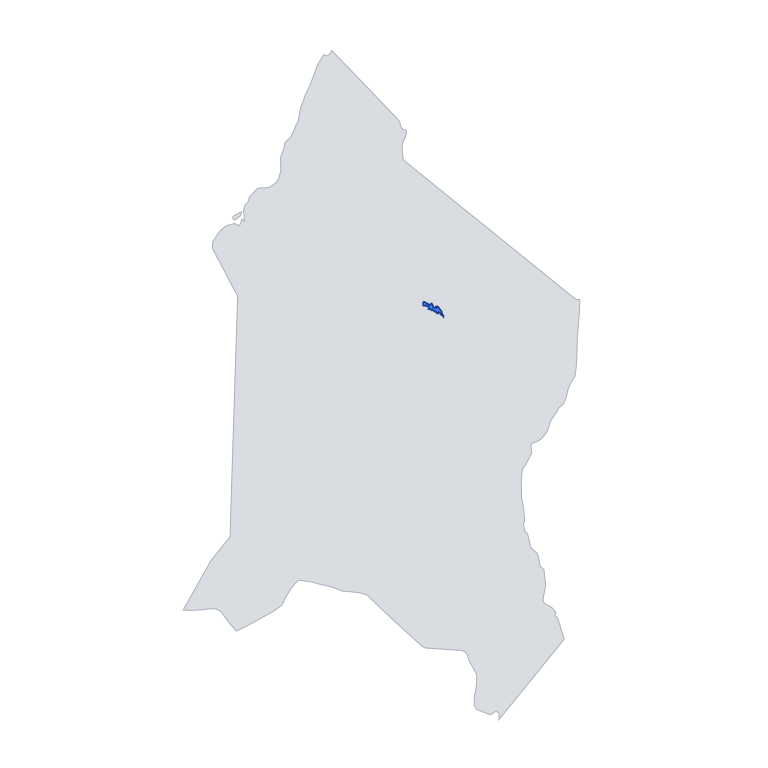 Kigumo, Central, Kenya (highlighted), rotated 182°
{"feature_id": "3690345B17600682902163", "entity_name": "Kigumo", "entity_type": "district", "adm_level": 2, "iso_a3": "KEN", "parent_name": "Kenya", "parent_adm1": "Central", "projection": "equal_earth", "projection_center": [36.915, -0.774], "detail": "fine", "context": "in_parent", "style": "filled", "palette": "blue", "viewbox_px": 768, "rotation_deg": 182, "n_neighbors": 0, "source": "geoboundaries", "source_scale": "gbopen_adm2", "svg_char_len": 6396}
<svg xmlns="http://www.w3.org/2000/svg" viewBox="0 0 768 768"><g transform="rotate(182 384 384)"><path d="M191.3,475.2L191.2,464.1L192.4,435.9L192.2,411.1L193.3,398.7L197.8,390.8L199.9,385.1L201.4,377.1L203.8,370.6L209.2,365.3L210.2,362.4L215.9,353.5L219.3,342.1L221.9,338.3L225.1,334.7L227.4,332.8L231.1,330.9L234.1,329.8L234.6,328.9L234.9,327.1L233.9,320.1L235.2,317.7L237.2,313.0L239.4,308.6L241.5,305.9L242.7,303.0L243.2,298.0L243.3,294.5L243.3,288.8L242.6,275.7L240.2,264.8L238.7,252.6L239.8,248.5L237.9,241.4L237.0,241.0L235.4,239.4L233.4,232.7L232.0,226.5L231.0,225.0L224.6,219.6L221.3,206.9L217.7,204.0L215.8,191.4L215.4,187.8L217.5,175.2L217.3,172.3L215.1,169.7L209.0,167.0L204.1,161.8L204.8,160.0L205.1,158.1L202.5,156.8L195.0,135.3L204.7,122.4L214.6,109.3L227.1,92.7L238.6,77.5L248.6,64.3L257.5,52.6L257.3,54.8L257.3,57.8L258.4,59.6L260.2,60.9L262.8,59.6L265.0,57.7L267.1,57.4L280.5,62.2L282.7,66.5L282.6,71.1L283.1,74.4L282.1,77.7L281.0,87.8L281.3,97.1L285.3,103.9L288.9,109.3L291.7,116.9L293.8,119.2L296.7,120.4L305.9,120.7L319.4,121.2L332.5,121.6L333.7,121.8L336.5,122.9L348.5,133.1L359.5,142.4L368.8,150.5L377.8,158.4L386.6,166.1L393.5,172.5L400.2,174.4L411.1,175.3L418.7,175.6L425.7,178.3L436.0,180.8L443.8,182.1L448.5,183.5L461.5,185.0L463.6,184.1L469.4,177.1L475.8,165.6L478.3,159.3L486.5,153.0L501.1,144.2L511.4,138.1L522.8,131.9L528.0,137.2L535.1,145.9L538.4,150.1L540.9,152.0L544.8,153.3L549.5,153.3L552.1,153.1L557.4,152.0L569.8,151.0L576.8,151.1L570.9,162.5L563.8,176.3L550.7,201.5L540.8,214.9L533.2,224.9L532.5,226.7L532.6,237.9L532.7,265.4L532.9,320.2L533.1,375.1L533.2,430.0L533.3,457.4L533.3,466.7L540.0,478.2L546.4,489.5L555.0,504.4L559.6,512.4L560.3,515.0L560.1,520.4L553.0,531.6L547.2,536.6L539.5,539.1L537.1,538.6L534.1,537.0L532.9,539.7L532.0,543.9L530.3,543.0L529.0,541.8L529.8,549.2L530.5,552.8L529.4,557.8L525.6,562.1L525.3,565.8L517.1,575.3L505.5,576.4L499.4,581.1L496.7,585.0L494.6,593.5L495.3,606.6L492.1,616.6L491.5,621.6L485.5,628.1L482.9,634.1L480.9,640.2L479.2,642.8L477.1,656.5L474.3,664.7L473.6,667.5L472.9,669.9L470.7,674.8L469.3,678.1L468.3,680.3L461.2,701.5L455.7,711.0L451.4,709.9L448.5,713.6L448.2,715.4L446.7,714.4L443.1,710.9L435.7,703.7L428.3,696.5L420.9,689.4L413.5,682.2L406.1,675.0L398.7,667.8L391.3,660.6L383.9,653.4L379.5,649.2L377.6,646.7L376.1,641.7L375.4,640.5L373.4,638.9L371.1,638.6L370.4,637.7L370.4,635.3L371.2,631.8L373.9,625.2L374.2,621.3L373.7,616.9L372.9,609.9L372.1,608.3L367.2,604.6L356.9,596.8L346.6,589.1L336.3,581.3L326.0,573.6L315.7,565.8L305.4,558.1L295.1,550.4L284.8,542.6L274.5,534.9L264.2,527.1L253.9,519.4L243.6,511.6L233.3,503.9L223.0,496.1L212.7,488.4L202.4,480.6L198.5,477.7L195.0,475.2L191.3,475.2ZM534.0,550.5L532.2,551.1L533.2,547.4L538.5,542.6L540.6,543.7L541.0,544.8L540.9,545.8L540.0,546.7L534.0,550.5Z" fill="#d9dde1" stroke="#a8b0b8" stroke-width="1"/><path d="M334.4,463.4L334.3,463.2L334.2,463.1L334.2,462.9L334.1,462.7L334.1,462.1L334.3,462.1L334.4,462.3L334.7,462.5L334.8,462.5L334.7,462.2L334.8,461.9L335.1,462.1L335.3,462.0L335.5,462.0L335.7,461.9L336.0,461.7L336.1,461.8L336.1,462.0L336.4,462.1L336.5,462.2L336.7,462.3L336.8,462.3L337.0,462.4L337.3,462.5L337.3,462.8L337.4,463.0L337.5,463.0L337.4,463.2L337.4,463.3L337.5,463.4L337.7,463.7L337.7,463.8L337.8,463.9L337.8,464.2L338.0,464.4L338.1,464.5L338.3,464.9L338.4,465.0L338.5,465.1L338.6,465.4L338.7,465.5L338.8,465.7L338.9,465.9L338.9,466.0L339.0,466.2L339.4,466.0L339.5,466.1L339.6,465.9L339.8,465.4L340.0,465.1L340.2,465.3L340.3,465.2L340.6,465.3L340.7,465.2L340.8,465.1L340.9,464.8L341.0,464.8L341.1,464.5L341.2,464.3L341.4,464.4L341.4,464.6L341.6,464.8L341.9,464.8L342.2,465.1L342.3,465.1L342.5,465.2L342.6,465.4L342.7,465.5L342.8,465.6L343.0,465.7L343.0,465.9L343.3,465.8L343.5,465.9L343.8,465.8L344.1,466.1L344.3,466.2L344.5,466.5L344.9,466.9L345.0,467.0L345.3,467.1L345.5,467.1L346.0,467.1L346.8,467.6L347.0,467.7L347.4,467.2L347.8,466.9L347.8,466.5L347.8,466.2L347.8,465.5L347.8,465.3L347.7,464.9L347.6,464.0L347.6,463.7L347.2,463.7L346.8,463.6L346.7,463.5L346.4,463.4L346.3,463.5L346.2,463.6L346.0,463.9L345.5,464.0L345.3,463.9L345.1,463.9L344.9,463.7L344.7,463.7L344.4,463.6L344.1,463.7L343.9,463.7L344.0,463.4L343.8,463.3L343.7,463.3L343.7,463.2L343.5,463.3L343.3,463.1L343.2,463.0L342.9,462.9L342.7,462.6L342.4,462.5L342.3,462.4L342.1,462.3L341.9,462.3L341.7,462.2L341.8,461.7L341.6,461.3L341.5,461.2L341.5,460.9L341.9,460.8L341.9,460.7L342.0,460.6L341.9,460.6L341.8,460.4L341.7,460.3L341.5,460.2L341.4,460.2L341.2,460.3L340.9,460.2L340.6,460.1L340.4,460.1L340.2,460.2L339.9,460.2L339.7,460.1L339.6,459.9L339.2,460.0L339.0,459.8L338.8,459.8L338.7,459.9L338.7,459.7L338.6,459.8L338.6,459.7L338.4,459.4L338.2,459.3L338.0,459.2L337.9,459.2L337.7,459.2L337.3,459.2L337.2,459.1L336.9,459.2L336.7,459.0L336.7,458.9L336.5,459.0L336.4,458.9L336.4,459.0L336.2,459.0L336.1,458.9L335.9,458.8L335.8,458.7L335.7,458.6L335.4,458.5L335.3,458.3L335.2,458.2L335.0,457.9L334.9,457.8L334.8,457.6L334.6,457.7L334.3,457.5L334.2,457.4L333.9,457.3L333.6,457.2L333.6,457.3L333.5,457.2L333.4,457.1L333.4,456.9L333.3,457.0L333.2,457.0L333.2,456.9L333.0,456.7L332.8,456.5L332.7,456.5L332.4,456.5L332.3,456.4L332.2,456.3L332.0,456.6L331.8,457.2L331.7,457.5L331.6,457.8L331.4,457.6L331.2,457.5L331.0,457.3L330.9,457.2L330.7,457.0L330.4,456.8L330.3,456.7L330.2,456.7L330.1,456.3L330.0,456.2L329.8,455.9L329.7,455.6L329.4,455.4L329.2,455.4L328.9,455.0L328.9,454.9L328.9,454.7L328.7,454.7L328.4,454.8L328.2,454.7L327.9,454.6L327.8,454.4L327.8,454.2L327.7,454.1L327.5,453.9L327.3,453.7L327.2,453.5L327.0,453.2L326.9,453.9L326.9,454.6L326.8,455.1L326.8,455.3L327.0,454.5L327.1,454.4L327.3,454.4L327.5,454.5L327.8,454.8L328.0,455.0L328.0,455.3L328.0,455.5L328.1,455.8L328.1,456.0L328.4,456.2L328.4,456.4L328.5,456.4L328.5,456.5L328.5,456.8L328.5,457.0L328.7,457.4L328.7,457.7L328.7,457.8L328.7,458.0L328.8,458.2L328.9,458.3L329.0,458.4L328.9,458.5L329.0,458.6L329.1,458.8L329.2,459.0L329.3,459.0L329.5,459.4L329.7,459.5L329.9,459.8L330.0,460.0L330.4,460.4L330.6,460.5L330.8,460.6L331.1,461.0L331.2,461.3L331.3,461.4L331.4,461.6L331.5,461.7L331.7,461.9L331.7,462.0L331.8,462.1L331.8,462.3L332.0,462.5L332.2,462.8L332.4,462.9L332.5,462.9L332.8,462.9L332.9,463.0L333.0,463.1L333.2,463.3L333.3,463.3L333.4,463.5L333.5,463.5L333.6,463.4L333.6,463.2L333.7,463.3L333.8,463.2L334.0,463.4L334.3,463.4L334.4,463.4Z" fill="#3b82f6" stroke="#1e3a8a" stroke-width="1.5"/></g></svg>